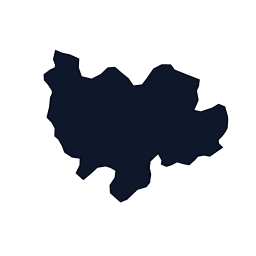 outline of Chilgok-gun, North Gyeongsang, South Korea, rotated 17°
{"feature_id": "91817680B44952414610796", "entity_name": "Chilgok-gun", "entity_type": "district", "adm_level": 2, "iso_a3": "KOR", "parent_name": "South Korea", "parent_adm1": "North Gyeongsang", "projection": "robinson", "projection_center": [128.47, 35.999], "detail": "fine", "context": "isolated", "style": "filled", "palette": "ink", "viewbox_px": 256, "rotation_deg": 17, "n_neighbors": 0, "source": "geoboundaries", "source_scale": "gbopen_adm2", "svg_char_len": 1216}
<svg xmlns="http://www.w3.org/2000/svg" viewBox="0 0 256 256"><g transform="rotate(17 128 128)"><path d="M181.9,61.3L162.4,59.8L155.3,59.2L150.2,55.4L141.9,57.9L135.5,64.1L131.7,76.0L129.1,82.8L120.8,86.5L113.7,80.9L106.0,77.8L97.7,74.1L91.3,76.6L86.8,84.7L79.2,92.1L68.3,92.8L62.5,84.7L60.6,76.6L51.0,75.3L43.3,76.0L36.3,75.3L36.9,84.0L40.7,89.0L40.7,92.1L36.9,95.3L32.4,101.5L34.3,106.5L39.4,109.6L45.2,114.6L45.8,117.7L45.2,121.4L47.1,130.8L47.7,141.3L53.5,144.5L58.6,149.4L60.6,156.9L65.0,158.8L70.8,164.4L74.6,169.4L83.0,171.9L91.3,170.6L93.2,177.5L91.9,186.2L100.3,190.0L106.0,181.2L109.9,174.4L117.6,170.6L122.7,170.6L129.1,171.9L130.4,179.4L127.8,188.1L130.4,195.0L142.5,200.6L147.7,196.2L148.8,194.2L151.5,189.4L154.7,183.7L162.4,178.7L164.3,173.8L163.0,165.7L159.8,160.0L158.6,153.2L164.3,143.2L170.1,148.8L170.7,152.6L175.9,153.2L180.3,150.1L184.8,145.7L191.2,145.7L197.0,145.1L200.8,138.9L202.7,134.5L206.3,132.6L208.5,131.4L214.3,130.8L223.6,119.0L218.7,116.4L217.5,112.7L220.0,108.3L221.9,102.7L222.6,99.0L220.7,90.9L219.4,87.8L214.2,79.7L207.8,79.1L202.7,84.7L198.2,87.8L193.1,91.5L185.4,92.1L186.7,80.9L182.2,72.2L182.9,67.2L181.9,61.3Z" fill="#0f172a" stroke="#020617" stroke-width="1.5"/></g></svg>